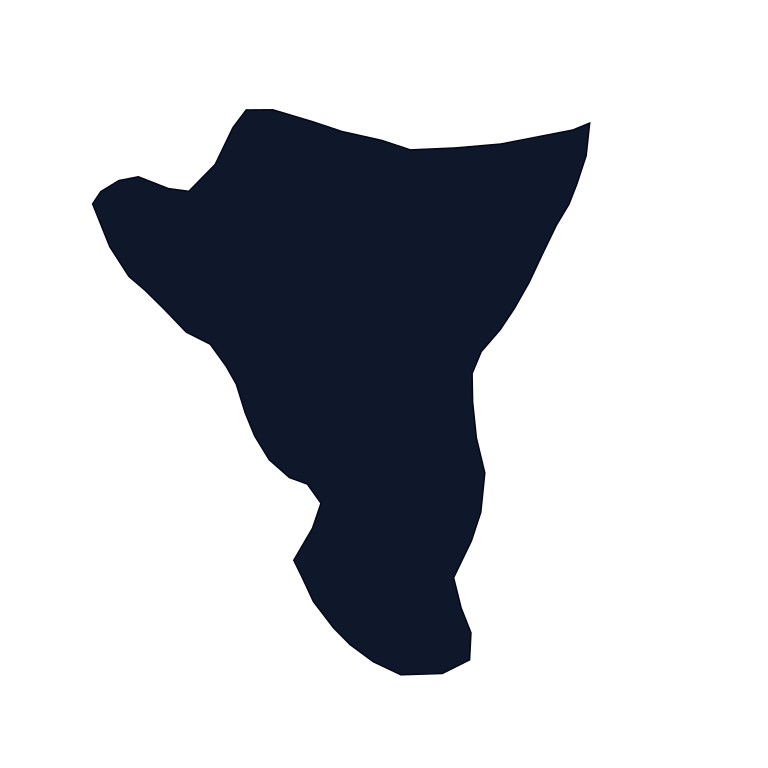 Vokolida, Cyprus (orthographic projection), rotated 349°
{"feature_id": "46923920B93195640595309", "entity_name": "Vokolida", "entity_type": "district", "adm_level": 2, "iso_a3": "CYP", "parent_name": "Cyprus", "parent_adm1": "", "projection": "orthographic", "projection_center": [34.07, 35.367], "detail": "fine", "context": "isolated", "style": "filled", "palette": "ink", "viewbox_px": 768, "rotation_deg": 349, "n_neighbors": 0, "source": "geoboundaries", "source_scale": "gbopen_adm2", "svg_char_len": 913}
<svg xmlns="http://www.w3.org/2000/svg" viewBox="0 0 768 768"><g transform="rotate(349 384 384)"><path d="M132.3,151.6L141.0,196.9L154.1,229.7L167.1,246.1L181.8,267.5L199.8,295.4L221.0,311.8L232.4,336.4L239.0,356.1L242.2,385.6L247.1,410.2L256.9,436.5L273.3,457.8L289.6,467.6L299.4,489.0L286.3,511.9L261.8,539.8L266.7,557.9L273.2,584.1L287.9,613.7L301.0,633.4L320.6,654.7L345.1,672.7L386.0,679.3L415.4,671.1L421.9,644.8L417.0,618.6L415.4,587.4L439.9,554.6L454.6,528.3L466.0,490.6L464.4,454.5L467.6,418.4L472.5,390.5L485.6,370.8L508.5,352.8L526.4,334.7L546.0,311.8L564.0,287.1L583.6,260.9L599.9,242.8L611.3,224.8L626.0,198.5L635.7,167.1L617.8,170.7L591.7,170.7L544.4,170.7L498.6,165.8L454.5,159.2L428.4,144.5L390.9,128.1L364.7,113.3L327.2,93.6L301.0,88.7L284.7,103.4L260.2,136.2L229.2,157.6L209.6,151.0L182.4,133.7L162.6,133.7L142.7,141.1L132.3,151.6Z" fill="#0f172a" stroke="#020617" stroke-width="1.5"/></g></svg>